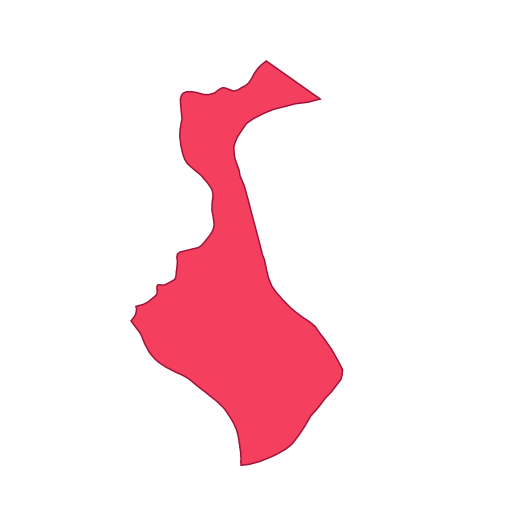 the district of Athens, Saint Lucia, rotated 235°
{"feature_id": "8701671B88292249499058", "entity_name": "Athens", "entity_type": "district", "adm_level": 2, "iso_a3": "LCA", "parent_name": "Saint Lucia", "parent_adm1": "", "projection": "robinson", "projection_center": [-60.892, 13.905], "detail": "fine", "context": "isolated", "style": "filled", "palette": "rose", "viewbox_px": 512, "rotation_deg": 235, "n_neighbors": 0, "source": "geoboundaries", "source_scale": "gbopen_adm2", "svg_char_len": 4769}
<svg xmlns="http://www.w3.org/2000/svg" viewBox="0 0 512 512"><g transform="rotate(235 256 256)"><path d="M93.1,123.7L89.0,131.5L85.6,140.9L83.3,150.7L81.9,157.9L80.8,168.5L81.0,174.2L81.5,178.6L84.7,188.4L88.3,197.7L91.9,205.5L93.7,209.6L95.5,217.4L97.5,224.4L99.8,231.1L101.4,239.6L104.6,249.7L106.1,254.6L109.1,258.2L111.2,260.0L113.4,261.8L125.8,263.4L136.9,264.4L148.5,264.4L159.1,263.9L161.8,264.0L164.1,264.1L171.1,262.3L178.6,259.2L188.1,256.1L189.4,255.8L192.8,254.8L199.5,253.7L204.6,252.8L215.4,251.7L222.4,251.7L231.3,253.8L237.4,256.2L239.2,256.9L240.3,257.4L248.0,260.8L252.4,261.8L253.4,262.1L254.1,262.3L267.0,267.2L283.3,273.2L288.6,275.1L298.0,278.6L306.2,281.7L309.7,282.9L314.5,284.6L318.6,286.1L320.0,286.6L331.1,289.0L335.8,291.3L340.6,292.6L347.8,294.6L352.1,296.7L356.5,299.4L358.0,300.3L359.8,302.5L361.1,304.2L362.5,306.4L363.9,308.6L365.7,312.9L367.0,316.1L370.0,324.1L370.0,332.6L368.4,344.2L366.1,354.3L364.7,358.1L360.9,368.0L358.2,375.5L352.1,386.9L348.2,397.6L347.8,398.6L409.8,376.3L409.9,375.4L409.7,374.4L409.6,370.8L409.5,369.9L409.4,369.4L408.7,365.3L407.1,360.9L406.1,358.3L404.1,354.8L401.9,349.1L401.6,344.8L402.2,340.8L402.2,339.4L402.5,336.1L403.9,332.3L409.2,328.6L411.1,327.3L413.1,325.0L413.6,321.1L413.3,315.6L415.4,309.6L418.6,305.5L424.4,300.7L427.8,297.2L430.5,293.1L431.2,289.4L430.2,286.9L427.7,283.9L423.7,281.4L415.4,276.6L410.8,274.1L409.0,272.1L404.8,268.0L403.1,266.3L399.3,263.4L397.6,262.1L388.9,257.5L381.1,254.4L376.4,253.1L374.5,252.9L371.2,252.8L366.8,253.7L361.4,255.1L356.8,256.4L353.3,257.3L349.9,257.5L345.9,258.0L344.3,258.2L337.6,258.2L336.2,258.0L334.2,257.6L331.0,256.0L328.3,253.9L326.7,252.4L324.4,250.3L321.1,247.9L318.9,246.2L317.6,245.6L313.0,243.6L308.9,241.4L306.3,240.1L304.6,238.8L302.9,236.8L301.4,234.6L300.1,231.6L299.1,229.0L296.3,219.3L295.8,216.6L296.1,213.2L297.6,209.6L298.4,207.5L301.0,200.7L302.9,195.8L302.7,192.9L301.5,191.5L300.5,190.5L296.8,188.6L293.7,186.1L291.7,184.4L288.7,181.6L286.5,179.9L284.2,177.5L283.4,175.8L284.0,169.9L284.7,164.3L287.0,161.2L288.2,159.9L288.6,158.8L288.2,157.7L286.6,156.5L283.6,154.6L282.0,153.5L281.1,151.4L280.6,145.5L280.3,140.9L280.7,138.5L281.0,135.9L281.9,133.4L283.0,130.5L283.6,128.6L281.4,128.0L280.3,126.9L279.1,126.1L276.7,122.9L276.3,122.0L275.6,120.2L275.5,119.8L274.6,116.5L274.0,116.4L273.2,116.4L259.3,116.9L258.4,116.7L257.5,116.6L256.6,116.5L255.6,116.3L254.6,116.1L253.3,115.8L252.3,115.5L251.4,115.3L250.1,115.0L249.7,114.9L249.2,114.8L248.2,114.6L247.0,114.4L246.6,114.3L246.1,114.3L245.5,114.2L244.8,114.1L243.9,114.0L243.4,114.0L242.7,113.9L241.6,113.8L240.2,113.6L239.2,113.5L238.2,113.4L237.1,113.5L236.2,113.5L235.3,113.5L234.4,113.6L233.5,113.7L232.5,113.8L231.3,113.9L229.9,114.1L229.2,114.3L227.8,114.5L226.7,114.8L226.2,114.9L225.7,115.1L224.8,115.3L224.3,115.5L223.2,115.9L222.3,116.2L221.3,116.6L220.2,117.1L219.7,117.3L218.4,117.8L217.4,118.1L216.4,118.6L215.8,118.9L215.4,119.1L214.7,119.5L214.3,119.7L213.2,120.3L212.6,120.6L211.7,121.0L210.5,121.7L209.7,122.1L208.7,122.7L208.2,122.9L207.6,123.2L207.1,123.5L206.7,123.7L206.0,124.1L205.1,124.7L204.3,125.2L203.8,125.5L203.1,125.9L202.5,126.3L201.6,126.8L200.8,127.2L199.6,127.9L198.7,128.3L197.5,128.9L196.7,129.3L195.4,129.8L195.0,130.0L194.6,130.1L193.4,130.6L192.8,130.8L191.8,131.1L190.7,131.4L189.6,131.7L189.1,131.8L188.5,132.0L187.8,132.2L186.8,132.4L184.8,133.0L183.7,133.3L182.5,133.6L181.0,134.1L180.3,134.3L179.9,134.4L178.5,134.9L177.1,135.3L176.0,135.6L174.8,136.1L174.2,136.3L173.8,136.4L172.7,136.7L171.2,137.1L170.6,137.3L169.4,137.6L168.9,137.7L167.9,138.0L166.8,138.3L165.5,138.8L164.4,139.1L163.1,139.5L162.0,139.8L161.1,140.1L160.7,140.2L159.5,140.5L158.9,140.6L157.8,140.9L156.6,141.1L155.9,141.3L155.0,141.4L153.9,141.6L152.9,141.8L152.0,142.0L151.1,142.2L150.1,142.3L149.7,142.4L149.2,142.4L148.7,142.4L148.1,142.5L147.4,142.5L146.5,142.5L145.3,142.5L144.7,142.5L143.6,142.4L142.9,142.4L142.0,142.4L141.6,142.4L140.8,142.4L140.0,142.3L139.5,142.3L138.8,142.3L137.8,142.3L136.9,142.2L135.9,142.2L134.6,142.0L133.6,142.0L133.2,141.9L132.7,141.9L132.3,141.8L131.2,141.6L130.1,141.4L129.4,141.3L128.7,141.2L128.2,141.1L127.3,140.9L126.3,140.7L125.8,140.6L125.3,140.5L124.7,140.3L124.1,140.1L123.4,139.9L122.9,139.7L122.3,139.5L121.8,139.3L120.9,139.0L119.9,138.6L119.2,138.3L118.7,138.1L118.3,137.9L117.8,137.7L116.9,137.3L116.4,137.0L115.9,136.8L115.5,136.6L114.9,136.4L114.2,136.0L113.8,135.8L113.3,135.5L112.2,135.0L111.3,134.5L110.8,134.3L110.4,134.1L110.0,133.9L109.1,133.4L108.4,133.0L107.2,132.4L106.3,132.0L105.9,131.8L105.2,131.5L104.8,131.2L104.2,131.0L103.7,130.6L103.0,130.2L100.3,128.5L99.7,128.2L97.4,126.7L97.0,126.2L96.6,125.7L95.6,125.2L95.1,124.9L93.1,123.7Z" fill="#f43f5e" stroke="#9f1239" stroke-width="1.5"/></g></svg>